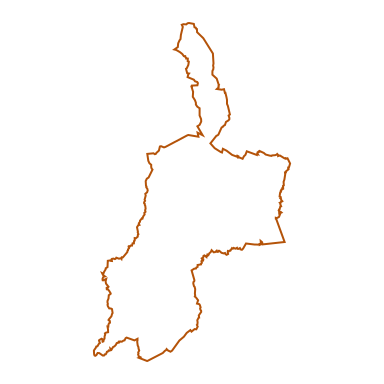 Tocumbo, Michoacán, Mexico
{"feature_id": "50627088B68664204293005", "entity_name": "Tocumbo", "entity_type": "district", "adm_level": 2, "iso_a3": "MEX", "parent_name": "Mexico", "parent_adm1": "Michoacán", "projection": "equal_earth", "projection_center": [-102.6, 19.678], "detail": "fine", "context": "isolated", "style": "outline", "palette": "amber", "viewbox_px": 384, "rotation_deg": 0, "n_neighbors": 0, "source": "geoboundaries", "source_scale": "gbopen_adm2", "svg_char_len": 6043}
<svg xmlns="http://www.w3.org/2000/svg" viewBox="0 0 384 384"><path d="M197.4,324.3L197.6,322.3L197.3,320.2L198.8,317.4L199.1,317.4L198.8,315.4L201.2,311.9L201.1,310.6L200.4,309.8L200.1,308.4L200.6,307.4L199.9,305.1L199.3,304.2L197.0,303.6L198.1,300.3L196.0,297.5L194.8,296.5L195.2,295.4L194.9,293.7L195.2,289.1L194.6,286.8L194.0,286.2L193.3,283.6L193.4,282.1L194.2,281.3L194.4,280.2L191.6,270.4L194.2,268.7L196.0,268.5L196.3,267.6L197.6,266.9L197.6,265.0L200.9,264.4L200.8,264.0L201.9,262.8L201.4,261.2L201.8,260.8L203.1,260.6L203.3,259.5L202.1,259.1L201.7,258.4L203.2,257.5L203.4,256.0L204.3,255.4L206.4,257.0L206.5,255.6L206.8,255.4L207.4,255.9L207.9,255.5L207.8,254.6L208.5,254.9L209.3,253.3L210.8,252.0L211.6,250.2L213.7,252.3L215.1,252.1L216.7,250.7L217.2,251.9L218.1,251.8L218.7,250.8L219.3,250.8L221.5,252.8L223.6,253.4L225.0,253.0L225.5,254.1L226.6,254.8L228.1,254.0L227.7,252.1L227.9,251.0L228.9,251.3L229.5,250.6L230.4,250.7L232.0,248.1L232.9,248.7L233.7,247.9L235.3,248.7L237.0,247.8L237.4,248.8L238.4,248.9L239.9,248.1L240.5,249.4L241.9,249.8L243.1,248.6L246.0,243.5L254.3,244.5L258.1,244.6L259.5,244.0L259.6,244.9L261.0,244.3L260.7,241.0L262.1,242.2L262.6,244.4L284.6,242.0L276.3,219.2L275.8,218.8L275.8,217.8L276.9,218.1L279.0,216.9L280.6,212.8L281.4,212.5L280.7,211.9L279.2,213.0L279.1,210.9L278.7,210.5L279.1,209.4L279.6,209.3L280.3,206.5L281.1,206.3L280.3,204.2L280.4,203.6L279.8,202.8L280.5,202.5L281.3,201.3L281.7,201.6L282.3,201.2L281.2,200.0L281.1,199.0L280.3,198.3L280.8,197.7L280.7,197.0L279.6,196.5L280.1,192.8L280.7,192.3L281.2,190.9L280.8,190.8L281.5,189.4L282.6,189.1L282.3,188.0L282.8,187.3L283.1,187.5L283.0,185.9L283.8,185.4L283.6,181.8L284.4,179.5L285.2,174.4L285.0,172.5L285.9,172.4L285.8,171.5L288.5,169.3L288.1,168.4L288.2,167.5L288.9,167.5L290.1,163.5L287.5,158.3L286.0,158.8L285.6,158.1L284.6,158.4L279.9,155.5L278.2,156.0L278.3,155.2L277.2,154.0L276.6,154.7L275.0,155.2L272.1,155.4L271.6,155.9L269.6,155.6L265.6,154.5L263.9,153.0L259.4,150.9L258.9,151.3L259.1,151.9L257.7,152.2L257.5,153.4L257.9,154.2L257.1,153.9L256.9,155.0L246.8,151.3L245.4,154.9L243.9,156.3L242.6,158.8L239.5,157.5L238.2,157.5L238.4,156.3L237.2,155.7L236.7,156.6L232.1,154.9L226.6,150.7L222.9,148.8L222.0,152.5L220.7,152.0L214.7,148.2L210.4,143.4L216.4,135.8L217.6,135.3L218.4,134.6L221.6,127.5L223.1,126.6L223.5,125.8L224.9,125.1L226.0,121.9L228.3,120.5L229.3,119.4L229.4,118.0L228.6,115.5L229.9,114.5L227.9,106.0L227.0,103.9L227.0,99.9L226.5,97.3L225.4,92.8L224.9,92.9L224.0,89.2L221.7,89.7L216.9,89.0L218.6,87.4L218.7,86.6L218.4,86.1L219.0,84.8L218.6,84.4L216.7,78.6L212.4,74.7L212.4,71.6L212.6,70.4L213.2,69.6L213.5,67.3L213.1,65.7L213.5,63.5L212.9,53.5L203.3,38.2L197.1,32.2L196.9,29.0L196.1,28.7L195.8,27.7L194.5,27.3L193.8,23.9L189.0,23.0L187.5,23.3L186.3,24.4L183.3,24.2L181.8,24.8L182.8,26.9L180.9,34.9L180.5,39.1L179.5,40.4L178.2,43.3L177.8,47.1L174.4,49.5L176.3,50.0L179.9,52.1L182.3,54.0L183.8,56.1L185.2,56.1L185.3,57.0L186.3,57.9L186.2,58.5L187.8,58.6L187.7,61.2L188.8,61.6L188.8,62.0L188.3,65.0L186.8,68.2L186.0,68.8L187.2,73.2L189.0,73.5L188.2,74.6L187.6,77.1L193.9,79.7L195.0,81.3L197.2,82.0L197.9,83.1L197.4,85.3L192.0,85.6L192.0,86.7L191.5,86.7L193.1,91.8L192.8,96.8L195.0,100.3L195.9,102.8L195.9,104.6L197.3,106.7L200.2,108.7L199.6,108.6L199.6,115.5L201.1,119.1L201.2,121.6L199.6,124.9L197.4,126.3L202.6,135.2L197.6,132.7L198.4,136.7L188.3,135.0L187.2,135.4L165.5,146.9L164.0,147.4L161.0,146.2L159.9,146.5L158.9,150.6L156.3,153.0L155.8,153.9L154.8,154.2L153.5,153.3L147.3,153.9L148.3,160.8L149.4,163.2L151.2,164.8L151.2,167.0L151.6,168.5L152.5,169.6L148.6,177.5L146.8,178.7L145.7,181.1L146.0,185.9L146.5,186.4L146.3,187.4L147.3,188.7L147.7,190.4L147.1,192.3L145.3,193.8L145.7,195.6L144.6,199.7L145.1,200.8L144.1,202.3L144.1,203.2L144.8,203.9L144.8,204.9L145.3,205.9L145.6,208.7L145.1,210.2L145.5,211.8L144.3,212.9L144.6,214.5L143.3,216.2L142.5,218.5L142.0,218.2L140.0,220.7L140.0,221.7L138.8,223.3L139.4,224.9L138.4,225.0L137.0,227.2L137.9,231.6L137.7,232.2L138.4,234.2L137.9,234.6L137.7,236.7L135.8,238.3L134.7,238.1L134.7,240.6L134.0,241.1L133.9,243.3L132.6,243.3L132.0,245.6L130.8,245.5L129.9,246.5L129.0,246.1L128.6,246.4L129.0,248.3L128.0,249.4L128.0,250.4L127.4,251.0L127.3,252.1L123.3,256.9L122.8,257.4L121.8,257.3L121.5,259.0L120.8,258.2L119.0,258.7L116.3,257.7L115.6,258.8L114.9,259.1L113.5,258.6L111.9,258.9L111.6,259.2L111.9,261.0L110.8,260.9L110.3,260.4L107.8,260.8L107.5,267.1L105.7,268.3L105.6,269.4L104.1,271.8L103.4,273.7L102.1,273.1L103.0,275.0L104.9,276.4L103.5,276.8L103.1,277.3L102.5,279.0L102.7,280.3L103.2,280.4L106.2,278.9L105.6,281.3L106.0,283.6L108.5,286.8L107.9,287.5L106.7,287.8L106.7,288.9L106.8,289.3L107.9,289.4L109.0,290.6L110.7,293.4L110.6,293.9L108.8,295.2L108.5,298.5L107.5,301.0L107.5,302.5L107.9,304.0L107.5,304.8L107.9,306.3L109.2,308.4L110.9,308.5L112.0,309.1L112.6,313.0L112.0,314.1L111.4,316.3L108.6,319.7L108.6,320.3L109.7,320.8L110.0,322.2L109.9,322.8L109.2,323.1L108.5,324.4L108.3,326.6L107.5,326.5L108.0,329.2L108.1,332.2L106.1,332.6L104.9,333.4L105.2,334.7L104.6,336.3L104.5,338.7L103.8,339.5L103.4,341.4L102.6,341.7L102.4,340.9L102.8,339.4L101.6,338.7L99.2,340.1L99.0,340.6L99.9,343.0L99.0,343.6L97.4,346.3L96.3,346.5L95.6,348.1L94.4,349.7L93.9,350.7L94.1,354.1L94.5,355.4L95.2,355.8L96.3,355.2L97.6,353.0L99.3,353.1L102.7,355.5L104.0,355.5L104.7,354.4L105.6,354.4L106.2,353.7L106.9,351.8L107.7,351.7L108.7,350.4L109.5,350.7L110.6,350.2L110.4,348.7L111.5,349.7L113.0,347.1L114.5,346.3L115.9,344.8L116.7,343.1L118.0,342.9L118.6,341.8L119.4,342.3L120.0,341.4L121.8,341.7L123.6,340.5L124.5,340.4L125.6,338.2L126.6,337.6L134.5,340.4L137.5,338.8L137.5,340.3L137.2,341.7L137.7,345.5L138.4,347.0L138.6,348.8L139.2,350.5L138.2,352.5L138.5,353.6L138.1,354.3L138.7,356.3L140.2,357.1L138.8,357.8L147.1,361.0L147.7,360.8L162.8,353.0L164.9,350.8L166.1,350.1L166.6,349.1L168.0,350.5L170.5,351.7L172.1,350.6L179.4,340.5L183.9,336.7L186.7,332.9L190.4,330.1L191.5,331.6L194.6,329.1L196.3,329.3L197.7,326.6L196.9,324.9L197.4,324.3Z" fill="none" stroke="#b45309" stroke-width="2"/></svg>